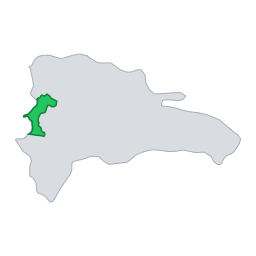 Dominican Republic, with La Estrelleta highlighted
{"feature_id": "DOM-1972", "entity_name": "La Estrelleta", "entity_type": "Province", "adm_level": 1, "iso_a3": "DOM", "parent_name": "Dominican Republic", "parent_adm1": "", "projection": "mercator", "projection_center": [-71.627, 18.975], "detail": "fine", "context": "in_parent", "style": "filled", "palette": "green", "viewbox_px": 256, "rotation_deg": 0, "n_neighbors": 0, "source": "natural_earth", "source_scale": "10m", "svg_char_len": 2211}
<svg xmlns="http://www.w3.org/2000/svg" viewBox="0 0 256 256"><path d="M29.6,176.0L29.9,165.3L31.6,161.0L30.0,156.4L23.2,151.5L19.1,145.3L15.4,139.7L16.2,138.9L23.6,138.7L26.2,136.6L31.2,131.0L32.2,126.4L31.8,122.9L28.5,118.8L27.3,114.4L31.3,110.6L36.5,105.1L37.2,103.0L37.1,100.8L31.0,95.0L30.6,92.5L33.4,86.1L33.1,81.9L30.3,68.7L29.0,66.8L31.7,65.7L33.5,61.7L35.9,58.2L39.0,56.3L42.6,55.2L49.7,55.3L59.6,58.3L62.4,58.3L71.9,55.5L79.7,54.0L87.1,55.7L90.1,58.1L96.2,61.9L99.3,63.0L109.0,62.9L111.6,63.3L119.7,69.5L126.5,72.0L130.5,72.1L137.6,69.7L141.1,69.8L145.1,75.2L145.9,82.8L149.3,89.7L154.5,94.1L180.0,92.3L185.7,95.9L183.7,98.9L180.1,100.5L168.0,99.8L162.7,100.2L161.6,103.2L161.6,105.9L168.7,106.6L175.7,108.0L182.7,110.2L189.9,111.8L198.1,112.7L206.0,114.4L219.4,119.8L234.1,132.2L238.0,135.0L240.6,138.9L239.4,143.6L234.1,151.4L231.2,153.9L226.8,155.5L223.8,158.7L221.0,164.1L219.2,164.6L217.1,164.3L213.6,161.3L211.1,156.5L204.0,152.1L195.5,152.6L183.1,150.0L175.6,151.3L168.0,151.6L160.3,150.2L152.6,149.8L144.8,151.4L137.3,154.3L134.5,156.1L129.7,160.5L127.2,162.2L108.9,164.4L103.7,161.2L98.8,156.7L91.8,156.1L81.6,159.6L75.2,160.8L72.6,162.3L71.9,164.0L71.8,170.2L70.4,174.0L60.5,188.2L54.9,198.3L52.6,201.4L49.9,202.0L45.0,196.3L41.9,194.2L38.0,193.1L36.4,190.1L36.5,185.7L35.5,181.5L33.1,178.1L29.6,176.0Z" fill="#d9dde1" stroke="#a8b0b8" stroke-width="1"/><path d="M23.8,117.0L23.7,115.9L24.7,115.2L27.9,114.3L28.7,113.8L31.4,110.9L33.2,108.3L34.1,107.4L36.2,105.9L37.0,104.8L37.3,103.7L37.6,99.8L36.8,99.4L37.8,98.4L39.1,97.7L40.4,97.2L40.8,96.0L41.6,95.1L43.1,95.5L44.6,96.0L45.8,95.2L46.9,94.1L49.4,95.8L51.3,98.3L54.1,99.7L56.8,101.2L56.3,103.1L56.2,105.1L54.3,106.6L51.9,106.8L50.0,105.6L47.9,105.2L46.7,107.6L46.0,110.4L45.0,112.4L43.1,113.0L41.4,113.2L40.0,114.4L38.5,117.6L38.0,121.2L39.0,122.5L38.3,125.7L39.7,126.6L40.9,127.7L41.4,129.2L41.4,130.8L42.5,132.0L44.2,132.4L44.9,134.2L44.0,136.3L40.1,135.5L36.2,135.2L32.0,134.5L28.6,134.1L30.3,133.1L31.1,132.4L31.9,131.2L32.3,130.1L32.6,128.9L32.7,127.6L32.2,125.1L32.1,122.4L31.8,121.2L31.3,120.7L29.9,119.4L29.4,118.7L28.5,116.9L27.9,116.4L26.5,116.3L25.0,116.9L23.8,117.0Z" fill="#22c55e" stroke="#15803d" stroke-width="1.5"/></svg>